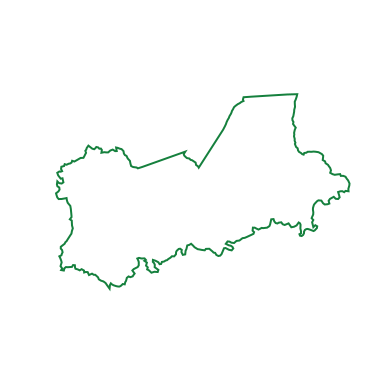 the district of Adrianópolis, Paraná, Brazil, rotated 159°
{"feature_id": "56859067B33632920480523", "entity_name": "Adrianópolis", "entity_type": "district", "adm_level": 2, "iso_a3": "BRA", "parent_name": "Brazil", "parent_adm1": "Paraná", "projection": "orthographic", "projection_center": [-48.811, -24.789], "detail": "fine", "context": "isolated", "style": "outline", "palette": "green", "viewbox_px": 384, "rotation_deg": 159, "n_neighbors": 0, "source": "geoboundaries", "source_scale": "gbopen_adm2", "svg_char_len": 5127}
<svg xmlns="http://www.w3.org/2000/svg" viewBox="0 0 384 384"><g transform="rotate(159 192 192)"><path d="M324.9,159.1L322.7,159.5L321.0,157.4L321.5,155.5L319.9,155.4L318.1,154.6L317.9,151.4L314.6,151.6L313.4,149.9L312.0,149.4L310.3,146.0L310.3,143.9L308.8,141.9L306.7,140.2L305.3,138.0L304.8,135.8L303.6,131.3L302.0,134.5L300.5,135.8L299.7,134.2L298.5,132.9L296.4,131.2L294.8,130.2L293.5,129.7L292.0,129.9L289.6,130.9L287.9,129.9L286.7,131.7L285.4,132.7L283.6,135.2L281.5,135.9L280.1,134.6L277.6,134.5L276.3,135.5L274.8,136.4L275.8,140.1L274.1,140.9L269.6,141.4L268.0,142.6L266.8,145.7L266.7,147.6L266.9,149.5L265.1,149.5L263.1,148.1L260.1,147.0L259.4,145.1L261.1,144.8L259.4,142.3L261.3,139.7L260.3,137.5L261.6,135.8L260.4,134.5L259.5,132.7L258.8,131.2L255.6,131.0L254.0,130.2L252.7,129.6L251.3,131.3L253.8,135.2L252.8,137.4L252.9,139.2L253.6,140.8L252.8,142.6L250.7,140.9L248.6,138.5L248.1,136.2L246.6,135.9L245.2,137.5L243.0,137.1L241.1,137.5L239.7,137.3L238.2,137.9L235.6,138.4L233.8,139.2L231.7,138.3L229.3,139.6L228.4,141.6L227.3,142.6L224.8,143.6L223.4,143.3L222.3,141.6L223.4,139.7L223.1,136.6L220.7,136.2L219.0,139.5L217.6,140.8L215.6,143.8L213.4,143.6L211.4,144.0L210.3,141.8L209.4,139.5L208.1,137.8L207.2,136.6L205.8,135.8L203.6,134.4L201.0,133.0L199.4,133.9L196.2,132.8L195.0,130.6L194.2,129.2L193.6,127.7L192.2,126.9L191.8,124.5L190.3,122.8L188.5,122.5L186.7,123.4L184.3,125.9L182.3,128.0L180.8,127.7L178.2,124.8L175.9,123.3L173.7,124.5L173.9,126.3L175.1,128.0L176.8,129.1L179.0,131.5L176.5,133.1L174.7,132.2L173.4,130.6L171.0,129.3L168.0,130.4L165.1,129.7L161.4,130.8L159.2,130.3L156.6,130.4L155.2,130.5L153.7,130.6L149.6,130.9L148.4,132.3L149.3,134.2L147.9,136.9L146.2,136.2L145.1,134.9L143.4,133.1L141.4,133.3L139.8,133.5L138.6,132.8L134.7,131.8L132.0,132.4L130.8,133.6L127.8,138.1L125.6,137.5L125.7,135.0L125.0,133.0L123.5,132.0L122.1,132.3L119.5,131.7L118.9,129.4L117.3,128.0L113.1,128.1L111.9,123.5L109.2,123.0L106.4,123.3L103.3,125.3L102.4,124.0L102.4,122.5L103.9,119.1L104.3,116.2L105.1,114.3L106.8,114.1L106.8,112.5L105.4,111.6L103.6,112.1L102.2,113.4L101.6,114.9L100.2,116.1L98.6,116.4L97.3,116.1L95.6,114.8L92.5,112.0L91.1,112.2L89.8,112.9L88.4,113.5L87.4,115.1L88.8,116.8L91.3,115.7L90.7,120.7L88.8,122.4L89.7,124.7L86.9,127.6L86.0,129.6L85.5,132.0L84.8,133.7L82.9,136.2L81.8,137.0L78.5,138.6L77.0,138.9L74.3,137.6L73.7,134.6L72.6,132.8L69.8,132.0L67.9,132.0L67.6,134.8L65.7,136.1L61.4,136.7L60.3,134.2L58.1,133.1L56.1,134.1L55.8,136.4L55.6,139.6L53.3,139.5L51.4,138.9L50.0,137.3L48.3,138.0L45.6,136.6L44.9,138.9L42.8,141.7L41.9,143.5L42.1,146.9L42.8,149.0L43.2,151.2L44.9,152.8L47.3,153.7L47.3,155.6L49.9,156.3L52.6,156.9L54.4,158.3L56.1,160.4L54.5,162.4L54.4,165.0L55.0,167.1L55.3,168.6L57.0,171.0L56.8,172.9L58.5,175.0L57.2,177.4L56.5,178.9L57.2,180.9L59.6,183.8L62.2,185.3L64.1,186.2L66.0,186.7L68.2,187.6L69.7,188.1L71.1,187.7L73.2,188.2L74.4,186.9L75.5,187.8L76.3,189.4L77.7,191.1L78.1,192.9L77.7,194.9L78.7,196.8L78.7,198.4L78.7,200.0L77.8,200.9L77.8,203.1L77.1,204.7L76.8,207.5L75.9,209.0L75.5,210.6L73.7,213.3L72.1,214.9L72.7,217.0L73.3,219.3L72.2,221.0L72.5,223.0L71.9,224.9L70.3,226.4L67.9,230.3L67.1,232.1L65.3,234.6L64.5,237.2L63.7,239.5L62.0,241.2L60.1,243.5L58.7,245.6L68.1,248.9L81.4,253.1L102.7,259.8L105.0,260.5L109.9,262.0L111.3,260.1L111.3,258.5L113.6,258.4L115.7,257.8L117.8,257.6L120.6,256.8L122.4,256.1L124.0,254.6L125.7,253.3L126.6,252.1L127.7,251.0L129.9,249.3L131.0,248.0L132.8,246.6L134.7,244.8L135.9,243.3L137.9,241.4L139.4,240.1L140.5,239.1L177.0,212.3L177.2,213.8L178.5,215.8L178.1,218.2L179.4,220.0L180.6,221.7L181.8,222.5L182.5,224.2L184.6,225.5L185.4,227.0L186.2,228.8L186.1,230.4L183.8,232.1L229.3,233.2L234.1,233.5L234.9,234.7L238.0,236.4L239.5,238.0L239.3,240.5L238.8,243.3L240.0,246.3L240.2,249.2L241.4,250.5L241.8,252.3L241.3,254.7L242.4,257.3L243.9,258.3L245.5,259.8L246.9,260.7L247.6,257.2L249.1,257.7L250.8,260.0L253.4,260.0L256.1,259.0L257.7,259.6L259.6,260.6L262.5,261.1L261.1,263.5L261.5,265.2L263.0,265.6L263.6,267.2L265.2,268.3L266.5,267.5L268.0,267.0L269.6,268.2L272.1,272.4L274.5,270.8L275.6,269.4L276.8,268.7L276.9,266.5L278.2,265.4L279.6,264.1L281.1,262.8L283.8,263.7L288.2,263.0L290.9,262.6L292.7,264.1L293.8,262.7L295.4,262.3L297.1,262.6L299.3,262.4L300.9,263.6L302.1,262.1L304.9,262.4L306.0,260.4L305.8,258.0L307.3,258.0L308.5,258.7L310.9,258.2L311.0,255.5L309.8,251.5L308.0,251.2L308.6,247.1L310.6,246.6L312.9,247.9L313.9,250.2L315.4,247.5L315.6,245.5L314.3,243.8L314.8,241.7L316.5,240.4L319.4,239.5L319.6,237.5L319.7,235.2L319.0,233.2L316.2,232.2L312.6,231.5L311.3,231.3L311.8,228.9L311.9,226.5L310.6,222.6L311.2,219.6L312.1,216.3L313.0,213.1L313.5,211.7L315.8,210.3L314.5,208.4L316.0,203.8L316.3,200.8L318.1,198.6L319.5,196.3L320.7,195.5L325.5,192.0L326.6,191.1L328.2,190.5L329.5,189.3L334.1,187.9L334.8,186.2L334.1,184.4L334.4,182.1L335.6,181.0L336.6,179.7L338.9,179.5L338.7,177.9L338.7,174.9L338.9,173.0L341.3,169.9L340.6,167.1L342.1,166.0L339.8,164.6L338.4,166.5L336.6,167.1L334.9,166.3L332.9,165.7L330.9,165.1L329.2,166.4L327.6,165.6L328.2,163.7L328.3,162.1L326.4,160.7L324.9,159.1Z" fill="none" stroke="#15803d" stroke-width="2"/></g></svg>